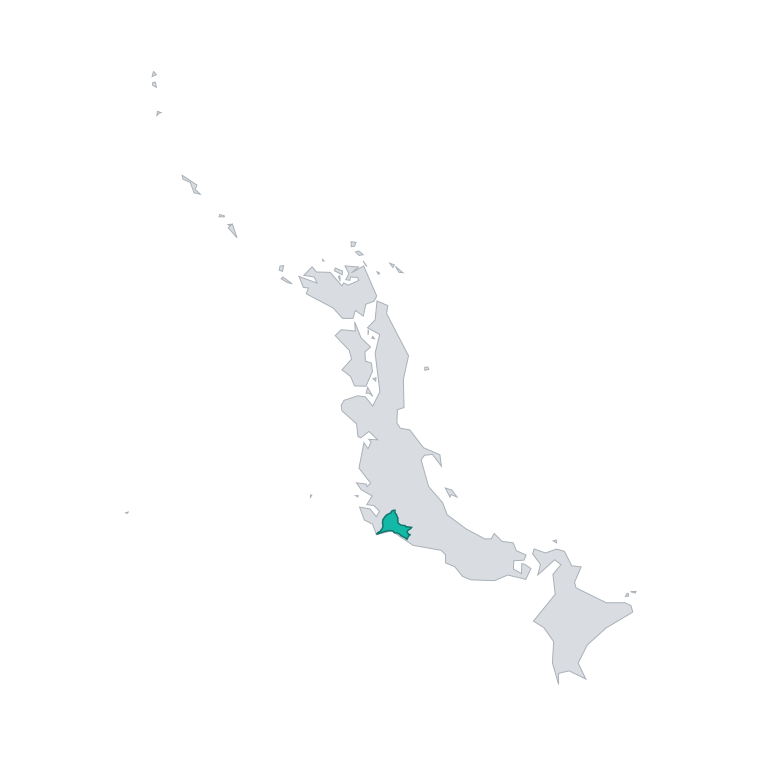 Ibaraki on a map of Japan (Robinson projection), rotated 102°
{"feature_id": "JPN-1856", "entity_name": "Ibaraki", "entity_type": "Prefecture", "adm_level": 1, "iso_a3": "JPN", "parent_name": "Japan", "parent_adm1": "", "projection": "robinson", "projection_center": [140.305, 36.33], "detail": "fine", "context": "in_parent", "style": "filled", "palette": "teal", "viewbox_px": 768, "rotation_deg": 102, "n_neighbors": 0, "source": "natural_earth", "source_scale": "10m", "svg_char_len": 5408}
<svg xmlns="http://www.w3.org/2000/svg" viewBox="0 0 768 768"><g transform="rotate(102 384 384)"><path d="M534.0,201.9L545.6,204.7L545.1,223.2L553.4,235.0L557.5,258.5L555.9,267.2L548.0,276.8L546.2,286.6L538.1,288.4L534.8,293.6L535.8,322.0L526.1,346.2L533.0,360.1L523.5,366.0L521.1,375.0L509.5,382.3L509.1,371.8L515.3,363.9L509.3,361.9L505.0,368.7L505.6,375.8L495.9,372.3L492.1,384.4L486.4,390.4L485.6,380.6L487.9,379.2L483.7,376.5L471.5,391.0L445.6,391.4L450.6,386.2L443.4,384.5L441.3,387.3L439.9,378.6L433.5,388.8L441.4,395.5L440.8,398.5L428.7,402.6L419.0,419.5L413.9,421.5L408.3,419.7L401.0,407.2L400.5,399.5L407.9,390.5L392.5,386.4L355.6,399.1L336.5,398.5L332.4,411.9L323.2,406.0L304.3,408.1L306.5,396.6L314.6,396.1L351.3,365.9L375.5,366.0L402.9,359.5L406.3,365.5L419.5,363.3L423.9,358.9L423.5,349.3L438.1,332.2L441.6,314.6L452.5,310.8L442.8,321.9L445.3,329.6L450.5,331.9L475.0,319.1L487.9,302.0L498.8,295.0L508.7,273.5L514.6,253.2L513.1,246.9L507.4,245.1L513.4,235.8L512.5,224.6L519.5,219.9L521.8,209.4L527.2,210.4L529.9,220.3L538.1,218.9L540.9,210.1L531.0,211.9L531.1,208.8L534.0,201.9ZM597.0,130.9L616.6,136.1L630.7,125.2L626.1,143.3L630.7,153.1L641.5,150.8L621.7,161.3L600.7,164.5L589.0,177.1L584.9,188.5L554.1,172.8L535.1,179.2L523.9,173.3L520.5,180.5L538.8,193.8L527.9,193.5L519.2,203.3L514.1,202.8L515.7,190.9L509.6,180.9L510.2,172.7L522.8,162.6L521.9,153.1L538.3,156.4L543.5,153.7L551.8,121.0L547.8,102.7L549.6,96.2L555.4,93.3L576.3,115.9L597.0,130.9ZM309.8,418.4L321.9,418.4L318.0,427.4L326.2,427.9L328.4,438.2L320.2,449.6L311.9,478.8L305.8,477.9L306.3,482.9L296.5,489.5L299.2,470.5L293.9,474.5L294.4,485.0L284.3,478.7L288.5,473.4L286.0,459.9L296.8,445.4L293.5,444.4L294.8,439.6L287.9,430.1L285.3,432.1L286.2,439.0L289.7,439.0L289.9,443.1L283.3,441.2L276.6,446.7L274.9,433.3L282.0,439.0L272.8,428.4L299.5,409.4L305.0,411.0L309.8,418.4ZM374.1,397.9L389.9,401.2L392.0,412.4L383.6,418.2L378.9,428.1L366.4,420.9L358.3,425.0L346.8,441.8L339.8,437.2L338.2,423.1L329.4,425.6L343.7,416.0L350.7,404.8L356.5,409.3L365.5,407.0L366.1,400.7L374.1,397.9ZM236.5,609.5L227.2,615.3L225.4,623.3L221.8,624.8L228.3,608.4L232.8,609.1L236.6,603.2L236.5,609.5ZM480.9,295.9L473.0,302.4L473.6,295.6L479.4,289.0L478.2,295.6L480.9,295.9ZM271.5,558.2L263.6,568.9L259.0,565.6L271.5,558.2ZM283.5,456.1L280.7,455.7L282.1,448.1L285.8,447.6L283.5,456.1ZM396.7,399.5L390.6,399.4L398.4,392.5L396.1,396.5L396.7,399.5ZM294.4,510.2L290.3,510.2L289.1,506.8L295.0,506.7L294.4,510.2ZM271.6,392.6L266.6,397.3L271.2,388.6L271.6,392.6ZM302.4,506.5L300.3,505.2L305.1,494.7L304.8,499.8L302.4,506.5ZM251.3,440.9L255.3,441.5L256.5,444.5L251.7,445.8L251.3,440.9ZM268.2,399.6L264.6,403.5L265.4,398.6L268.2,399.6ZM131.5,674.7L126.5,674.5L126.5,673.7L128.8,671.0L131.5,674.7ZM362.1,346.9L359.1,347.6L358.4,344.5L360.5,343.2L362.1,346.9ZM260.8,439.3L259.1,436.3L261.9,431.3L263.4,435.1L260.8,439.3ZM141.2,668.3L139.7,672.6L137.3,672.9L136.2,670.5L141.2,668.3ZM254.7,580.1L252.4,579.9L252.7,575.2L253.7,574.9L254.7,580.1ZM541.6,103.7L538.3,102.8L538.1,101.4L540.6,100.7L541.6,103.7ZM292.5,448.3L288.5,450.9L287.4,449.7L292.5,448.3ZM502.3,185.9L500.7,183.1L503.5,182.1L502.3,185.9ZM333.8,410.9L336.3,410.0L339.3,409.8L333.8,410.9ZM536.3,94.9L535.9,99.7L534.5,94.4L536.3,94.9ZM271.2,427.1L267.9,430.1L272.7,425.0L271.2,427.1ZM168.6,662.0L164.4,662.3L164.9,658.5L166.0,660.3L168.6,662.0ZM277.9,412.1L275.4,414.6L276.5,411.3L277.9,412.1ZM382.9,392.7L381.1,395.8L379.5,393.2L382.9,392.7ZM261.1,567.6L260.5,569.7L259.6,567.2L261.1,567.6ZM499.9,386.1L499.1,388.5L498.6,386.1L499.9,386.1ZM276.4,469.5L274.4,470.2L276.3,468.3L276.4,469.5ZM341.7,402.7L341.8,405.4L339.8,405.0L341.7,402.7ZM510.1,432.4L507.8,432.8L507.8,431.5L510.1,432.4ZM563.7,607.9L563.9,610.5L562.4,607.6L563.7,607.9Z" fill="#d9dde1" stroke="#a8b0b8" stroke-width="1"/><path d="M531.2,329.3L531.1,329.6L530.2,331.0L529.9,331.5L528.9,335.6L527.6,337.7L527.3,338.7L527.0,340.6L527.0,341.1L527.3,342.1L527.3,342.6L527.1,343.3L526.3,344.2L525.9,344.8L526.0,345.8L526.2,348.1L527.0,349.9L527.8,352.2L531.1,357.8L532.0,359.1L532.3,359.6L532.5,359.7L532.7,359.8L531.9,359.8L531.3,359.6L530.8,359.2L530.3,358.7L529.3,357.5L528.9,357.1L528.4,356.9L527.3,356.5L526.0,355.7L525.6,355.6L523.6,355.5L522.0,355.7L521.4,355.9L520.9,356.5L520.4,356.6L517.4,356.8L516.9,356.8L516.0,356.5L512.4,354.9L511.5,354.2L510.0,352.4L508.6,350.4L508.3,350.5L507.9,350.3L507.4,350.3L507.0,350.2L506.8,350.1L506.5,349.8L505.9,349.1L505.7,348.7L505.6,348.4L505.2,347.0L505.5,347.0L506.3,346.9L507.3,346.5L508.1,346.1L508.3,345.9L508.7,345.2L508.9,344.9L509.4,344.3L509.9,344.2L510.2,344.2L510.4,344.2L510.7,344.0L511.0,343.6L512.0,342.6L512.3,342.5L512.5,342.4L512.9,342.5L513.1,342.5L513.4,342.5L514.0,342.3L514.3,342.0L515.0,341.8L515.7,341.7L516.4,341.8L516.6,341.8L516.9,341.5L517.2,341.2L517.6,339.9L517.9,339.5L518.3,338.8L518.4,338.4L518.5,337.7L518.3,335.4L518.1,334.4L518.1,334.0L518.3,333.6L518.6,333.3L519.0,333.1L519.1,332.8L518.9,332.1L518.8,331.7L518.8,330.3L518.7,329.4L518.7,329.0L518.7,328.5L518.5,328.0L518.5,327.2L519.6,327.7L520.0,328.0L520.5,328.6L521.1,329.0L521.7,329.6L522.3,330.2L523.3,330.7L523.7,330.8L524.0,330.7L524.4,330.2L524.6,330.1L524.8,329.8L525.2,329.3L525.9,328.9L526.0,328.6L526.0,328.3L525.8,327.9L525.8,327.6L525.8,327.4L526.0,327.1L526.3,327.2L526.4,327.5L526.7,327.7L527.0,328.0L528.7,328.6L528.9,328.7L531.2,329.3Z" fill="#14b8a6" stroke="#0f766e" stroke-width="1.5"/></g></svg>